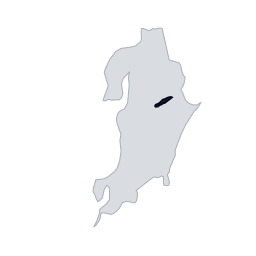 Rio Cuarto, Alajuela, Costa Rica shown in context, rotated 52°
{"feature_id": "36466004B916692676755", "entity_name": "Rio Cuarto", "entity_type": "district", "adm_level": 2, "iso_a3": "CRI", "parent_name": "Costa Rica", "parent_adm1": "Alajuela", "projection": "equal_earth", "projection_center": [-84.219, 10.409], "detail": "fine", "context": "in_parent", "style": "filled", "palette": "ink", "viewbox_px": 256, "rotation_deg": 52, "n_neighbors": 0, "source": "geoboundaries", "source_scale": "gbopen_adm2", "svg_char_len": 3456}
<svg xmlns="http://www.w3.org/2000/svg" viewBox="0 0 256 256"><g transform="rotate(52 128 128)"><path d="M198.1,130.9L197.9,132.0L197.2,133.1L196.1,134.2L194.8,134.9L191.4,132.6L188.2,130.1L186.4,131.2L185.7,134.6L184.5,136.3L183.0,137.0L182.4,138.1L182.2,149.4L182.4,160.1L184.8,160.4L189.0,164.1L190.7,166.3L191.3,168.3L190.8,169.3L187.8,171.6L184.8,174.5L183.4,178.2L185.9,184.2L186.5,188.2L186.4,192.4L185.7,194.5L180.0,199.3L178.8,201.0L178.9,202.2L182.1,205.6L183.6,208.8L184.8,212.7L185.0,216.1L182.1,209.8L178.2,203.8L174.7,200.1L174.4,191.5L173.1,186.8L167.9,182.5L163.4,179.5L160.1,180.1L162.2,185.1L167.4,191.4L167.7,193.9L167.6,197.1L164.1,196.6L160.9,195.3L157.0,194.9L154.5,192.9L149.0,185.3L152.9,178.9L154.1,174.6L154.0,165.8L153.1,161.5L148.9,155.0L142.2,147.9L132.9,142.1L128.5,137.4L117.6,133.8L113.4,131.4L110.2,127.0L109.7,123.8L110.8,118.9L107.8,112.7L94.8,100.5L87.5,96.0L86.0,93.3L84.8,92.5L85.9,100.9L89.1,106.0L97.4,110.7L99.7,113.5L100.6,117.1L95.8,124.0L93.3,125.7L92.6,129.5L91.0,130.6L89.4,128.5L82.7,117.7L69.6,112.5L67.3,109.3L62.5,99.5L60.2,90.5L61.0,84.5L66.4,75.2L68.1,71.1L67.7,68.6L67.9,64.9L65.9,62.4L61.0,59.0L57.9,56.3L58.7,55.0L64.4,51.4L64.8,48.1L64.7,47.0L65.7,46.8L66.5,45.9L67.0,45.0L68.5,41.9L69.9,40.1L71.5,39.9L73.4,41.2L80.5,44.5L88.4,48.3L99.7,53.6L104.4,50.2L108.4,47.6L111.2,48.0L117.3,51.0L121.0,52.0L123.2,51.7L127.1,56.1L129.2,59.5L129.6,61.7L130.8,62.9L133.8,63.2L141.2,65.5L145.7,65.0L149.8,62.6L152.1,59.7L152.8,55.2L153.9,57.5L155.1,61.0L155.6,65.5L161.0,80.7L165.2,89.2L174.6,104.6L178.6,107.5L185.4,119.9L187.8,122.0L189.1,125.7L196.2,128.7L198.1,130.9Z" fill="#d9dde1" stroke="#a8b0b8" stroke-width="1"/><path d="M131.1,74.5L130.9,74.6L130.7,74.6L130.7,74.4L130.5,74.5L130.4,74.6L130.2,74.8L130.2,75.0L130.0,75.3L129.9,75.3L129.8,75.2L129.7,75.3L129.5,75.5L129.4,75.5L129.4,75.4L129.3,75.6L129.3,75.8L129.3,76.0L129.2,76.2L129.2,76.3L129.1,76.5L129.0,76.8L128.9,76.8L128.9,77.1L129.0,77.3L129.0,77.5L128.9,77.6L128.8,77.8L128.7,77.8L128.7,78.0L128.5,78.3L128.4,78.4L128.4,78.5L128.2,78.5L128.2,78.8L128.1,79.0L128.1,79.3L128.1,79.5L127.9,80.4L127.9,80.5L127.8,80.8L127.8,81.0L127.7,81.1L127.7,81.4L127.7,81.5L127.5,81.8L127.4,81.9L127.4,82.0L127.2,82.2L127.2,82.3L127.2,82.5L127.1,82.8L127.0,83.0L126.9,83.2L127.0,83.3L127.1,83.5L127.1,83.8L127.0,84.0L127.0,84.4L127.0,84.5L127.2,85.0L127.3,85.5L127.3,85.8L127.3,86.0L127.4,86.3L127.4,86.5L127.5,86.5L127.5,86.8L127.6,87.0L127.6,87.3L127.6,87.5L127.4,87.7L127.4,87.8L127.4,88.0L127.5,88.0L127.8,88.2L127.7,88.3L127.7,88.5L127.6,88.8L127.6,89.0L127.4,89.3L127.4,89.5L127.2,89.7L127.2,89.8L127.1,90.0L127.1,90.3L127.1,90.5L126.9,90.9L126.9,91.0L126.8,91.3L126.7,91.3L126.7,91.5L126.8,91.7L126.8,91.8L126.8,92.0L126.7,92.2L126.7,92.3L126.8,92.4L126.8,92.5L127.0,92.8L127.2,93.0L127.3,93.1L127.5,93.2L127.5,93.3L127.8,93.3L127.8,93.2L128.0,93.1L128.3,93.1L128.5,93.1L128.7,92.9L128.8,92.7L128.9,92.4L128.9,92.2L129.0,92.0L129.0,91.9L129.2,91.6L129.3,91.4L129.4,91.2L129.5,91.2L129.4,91.0L129.4,90.9L129.3,90.7L129.5,90.4L129.6,90.2L129.7,89.9L129.6,89.6L129.6,89.4L129.6,89.1L129.7,88.9L129.6,88.6L129.8,88.3L129.8,88.2L130.0,88.0L130.0,87.9L130.1,87.7L130.0,87.4L130.1,87.2L130.2,86.9L130.2,86.7L130.1,86.4L130.2,86.1L130.2,85.9L130.3,85.7L130.3,85.4L130.4,85.2L130.4,84.9L130.4,84.7L130.5,84.6L130.6,84.4L130.7,84.2L130.8,84.0L130.8,83.9L131.0,83.8L131.0,83.7L131.1,78.1L131.1,74.5Z" fill="#0f172a" stroke="#020617" stroke-width="1.5"/></g></svg>